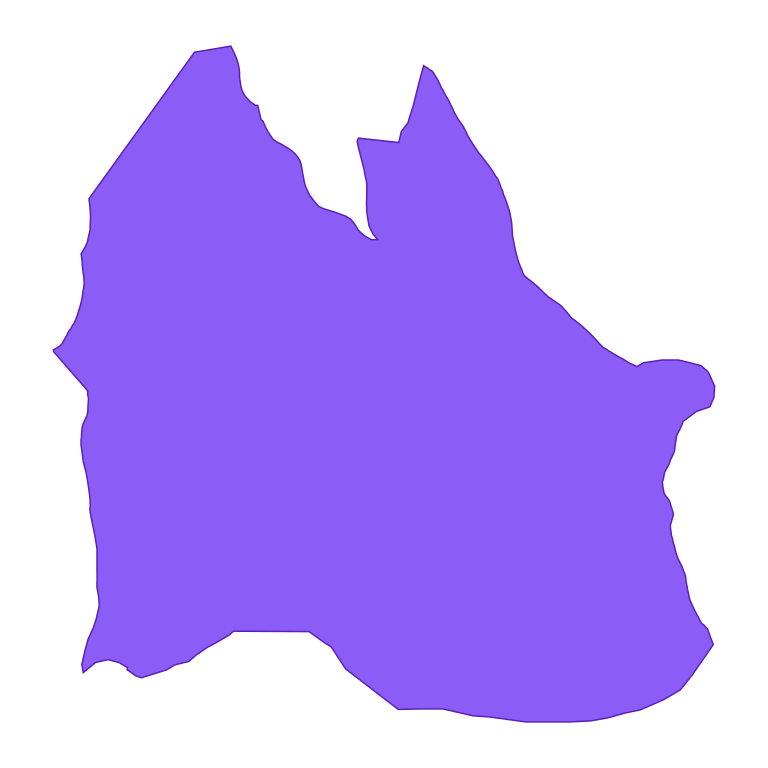 outline of Monchy/Vieux Sucreic, Gros Islet, Saint Lucia
{"feature_id": "8701671B82156592609383", "entity_name": "Monchy/Vieux Sucreic", "entity_type": "district", "adm_level": 2, "iso_a3": "LCA", "parent_name": "Saint Lucia", "parent_adm1": "Gros Islet", "projection": "natural_earth1", "projection_center": [-60.949, 14.051], "detail": "fine", "context": "isolated", "style": "filled", "palette": "violet", "viewbox_px": 768, "rotation_deg": 0, "n_neighbors": 0, "source": "geoboundaries", "source_scale": "gbopen_adm2", "svg_char_len": 4646}
<svg xmlns="http://www.w3.org/2000/svg" viewBox="0 0 768 768"><path d="M194.5,52.2L89.0,198.7L89.9,206.7L90.3,211.6L90.5,216.0L90.4,221.0L90.1,226.3L90.1,229.8L89.5,232.6L88.4,237.2L87.2,242.5L85.4,246.5L81.1,253.9L81.4,255.6L82.0,260.5L82.2,263.0L82.4,266.2L83.2,273.2L83.8,277.2L84.2,282.6L83.8,287.4L82.9,292.0L82.1,298.1L80.6,304.7L79.2,309.2L76.9,316.5L74.7,322.2L72.2,325.9L70.5,329.1L67.9,332.5L66.9,335.2L64.1,340.0L62.4,343.2L59.9,345.9L59.4,346.3L53.3,350.0L53.7,351.7L87.5,390.6L87.8,395.3L88.5,398.4L88.2,403.2L87.9,407.6L87.9,410.7L87.1,415.3L84.7,420.5L83.1,424.0L82.0,428.2L81.6,433.4L81.4,437.0L81.1,440.0L81.0,444.4L81.9,450.9L83.4,462.4L83.8,463.5L84.3,466.1L85.6,470.3L87.0,477.5L88.2,485.1L89.4,493.4L90.1,500.0L90.2,505.5L89.9,509.6L90.4,513.4L91.2,517.9L95.0,536.2L97.0,548.8L97.0,556.3L97.0,566.6L97.1,579.5L96.9,586.8L98.8,597.9L99.2,605.1L98.7,608.6L97.2,614.4L96.4,618.4L94.6,624.0L93.3,627.9L89.8,635.5L88.0,639.4L84.7,651.8L82.3,662.4L81.8,664.4L83.3,672.6L91.0,666.2L95.5,662.6L100.2,661.4L108.4,659.6L112.3,660.8L119.0,662.5L123.8,665.4L127.4,667.7L127.1,669.7L135.7,675.8L141.4,677.8L166.8,669.8L175.0,664.8L188.7,661.5L196.4,654.8L199.2,653.0L207.5,647.2L212.1,644.8L216.7,642.4L220.2,640.3L229.4,634.9L233.4,631.2L309.0,631.6L325.5,643.4L331.2,646.8L345.6,668.9L398.2,709.4L403.3,709.3L422.2,708.9L442.7,708.9L473.0,715.8L488.9,716.9L525.6,721.9L547.8,721.9L570.0,721.9L590.6,720.9L607.6,717.9L625.6,712.9L640.1,709.9L663.2,699.9L680.3,689.9L692.3,674.9L713.3,644.5L712.9,643.5L711.4,639.7L710.7,637.8L710.3,636.8L708.8,632.4L708.2,631.0L707.9,629.9L707.5,628.8L706.1,627.6L704.2,625.3L701.9,623.6L700.3,621.2L698.4,617.2L697.0,614.8L696.1,613.1L695.5,611.9L694.3,609.7L692.3,605.3L691.4,603.2L690.0,600.4L689.2,597.1L688.3,592.5L687.7,590.3L687.2,587.3L686.6,584.1L685.9,580.2L685.6,576.7L684.6,573.6L683.4,570.6L681.9,566.1L680.8,564.2L679.4,561.4L678.2,559.0L676.6,554.6L675.8,552.2L675.0,548.7L674.4,546.2L673.0,541.7L672.6,539.2L671.5,535.7L671.2,533.2L670.6,528.8L670.3,525.7L671.2,522.4L671.8,520.2L673.3,515.4L673.1,512.7L672.3,510.0L671.2,506.9L670.0,502.4L669.1,500.3L667.1,497.6L665.3,495.3L664.3,493.7L663.8,491.9L663.1,488.1L662.7,485.8L662.4,482.1L663.5,478.2L664.0,475.3L664.7,472.2L665.6,470.5L668.2,465.8L669.4,463.5L670.2,460.5L673.3,454.1L674.3,451.1L674.8,449.1L675.1,445.7L675.5,442.8L676.0,440.2L676.5,436.2L677.9,433.0L679.6,430.0L680.8,427.3L681.7,425.5L681.9,424.6L683.0,421.5L696.3,411.5L709.9,406.8L713.9,397.5L714.7,386.2L708.3,372.2L701.1,365.6L678.7,360.0L661.9,360.0L643.4,362.8L637.0,366.6L628.4,362.6L623.0,359.0L618.2,356.5L612.8,353.4L610.7,352.0L608.0,350.5L606.1,349.1L603.1,347.4L597.6,341.7L592.8,336.3L589.3,332.9L583.7,327.7L580.9,325.2L577.6,322.6L574.8,320.3L572.1,318.4L570.3,316.7L568.9,314.7L567.2,312.7L566.0,311.2L562.1,306.9L560.1,305.0L557.6,303.3L556.1,302.3L552.2,299.5L550.4,298.3L548.0,296.7L546.2,294.9L542.8,291.8L536.8,285.9L535.6,285.0L533.1,282.8L526.8,277.9L523.9,275.2L522.8,272.7L521.8,269.7L520.6,267.1L518.9,263.0L516.5,254.7L515.3,249.8L513.6,241.2L512.6,236.4L512.0,227.9L511.7,223.3L511.2,220.1L510.6,217.0L510.2,214.5L509.1,209.9L506.4,201.7L504.7,197.2L503.5,194.7L502.8,191.5L501.7,189.2L500.1,184.8L499.2,182.6L497.8,178.9L496.0,176.8L493.8,173.0L489.2,166.2L486.3,162.5L481.2,155.6L478.4,152.4L473.9,145.6L471.4,141.7L468.4,136.8L466.4,132.7L463.3,126.5L461.0,123.3L458.1,119.2L457.0,117.4L454.7,113.2L453.4,110.5L452.1,107.4L450.8,104.9L449.4,102.0L447.6,98.5L445.9,95.9L444.3,93.0L443.2,90.5L441.5,87.9L440.6,85.8L439.8,84.1L438.5,81.5L437.3,79.1L435.9,77.0L435.0,75.4L433.4,72.7L432.0,71.0L429.6,69.6L427.5,68.0L424.9,66.6L423.6,65.6L419.8,79.6L417.3,89.5L414.8,99.3L413.3,105.7L411.2,112.2L409.3,118.0L408.1,122.6L401.3,131.5L398.8,142.5L358.4,138.1L357.1,141.5L358.4,147.4L362.7,164.1L363.8,168.3L365.5,177.5L366.5,181.6L366.8,185.8L366.8,194.7L366.5,203.0L366.7,210.2L367.5,217.0L368.3,221.7L369.0,225.8L371.1,230.3L372.9,233.9L377.7,239.6L375.1,239.7L371.1,239.6L367.4,237.5L363.9,235.5L361.1,232.9L358.4,230.2L356.2,226.5L354.0,223.2L350.8,219.3L345.8,216.2L340.2,214.1L334.3,212.0L326.4,209.6L322.6,208.3L319.9,207.0L318.1,205.9L312.9,199.6L309.8,195.4L307.2,190.2L305.1,185.2L304.1,180.8L302.4,171.8L301.3,165.0L300.0,160.9L298.3,157.9L295.5,154.3L292.6,151.6L289.3,149.0L284.8,146.2L280.7,143.9L277.2,142.1L273.8,139.9L272.2,138.2L267.4,130.8L265.2,126.3L262.9,121.0L261.1,119.7L257.7,105.4L255.4,105.3L253.2,103.7L250.7,102.1L248.3,99.6L245.9,97.1L243.8,94.1L241.9,90.0L240.8,85.9L239.5,76.6L239.6,72.8L239.1,68.4L238.2,63.7L236.7,58.9L234.9,54.5L230.8,46.1L194.5,52.2Z" fill="#8b5cf6" stroke="#5b21b6" stroke-width="1.5"/></svg>